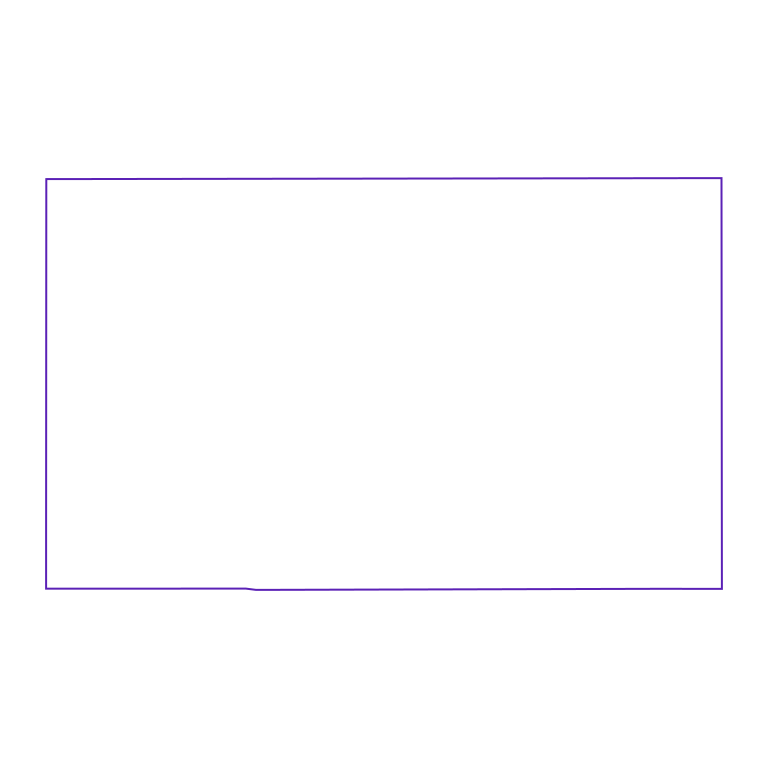 outline of Andrews, Texas, United States of America
{"feature_id": "52423323B79543792390346", "entity_name": "Andrews", "entity_type": "district", "adm_level": 2, "iso_a3": "USA", "parent_name": "United States of America", "parent_adm1": "Texas", "projection": "robinson", "projection_center": [-102.679, 32.305], "detail": "fine", "context": "isolated", "style": "outline", "palette": "violet", "viewbox_px": 768, "rotation_deg": 0, "n_neighbors": 0, "source": "geoboundaries", "source_scale": "gbopen_adm2", "svg_char_len": 243}
<svg xmlns="http://www.w3.org/2000/svg" viewBox="0 0 768 768"><path d="M721.9,588.9L721.5,178.1L46.3,179.1L46.1,534.1L46.1,554.8L46.1,588.7L245.8,588.6L256.2,589.9L661.9,588.8L721.9,588.9Z" fill="none" stroke="#5b21b6" stroke-width="2"/></svg>